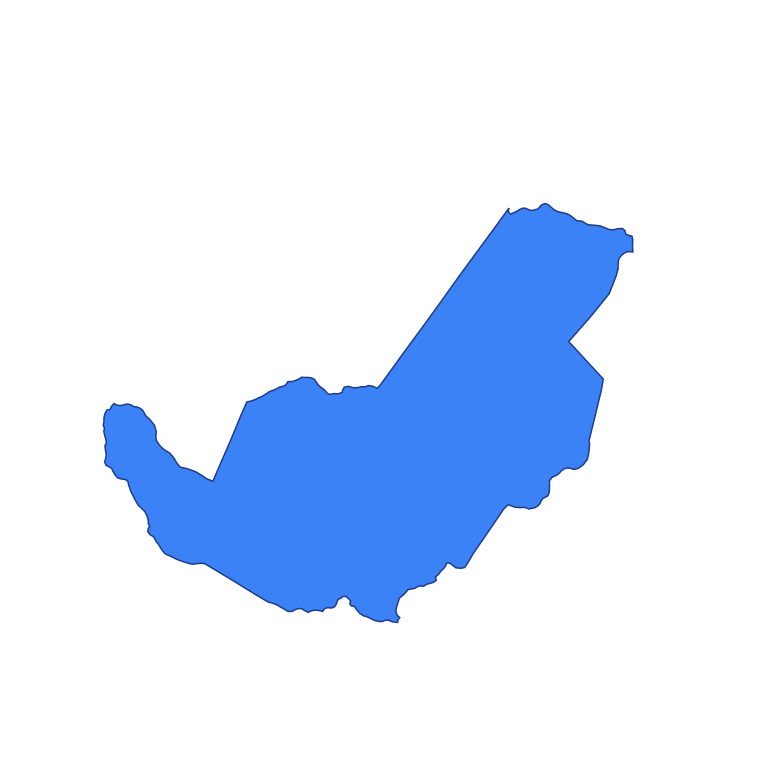 Salto do Céu, Mato Grosso, Brazil (Robinson projection), rotated 306°
{"feature_id": "56859067B30882988861922", "entity_name": "Salto do Céu", "entity_type": "district", "adm_level": 2, "iso_a3": "BRA", "parent_name": "Brazil", "parent_adm1": "Mato Grosso", "projection": "robinson", "projection_center": [-58.088, -15.003], "detail": "fine", "context": "isolated", "style": "filled", "palette": "blue", "viewbox_px": 768, "rotation_deg": 306, "n_neighbors": 0, "source": "geoboundaries", "source_scale": "gbopen_adm2", "svg_char_len": 4263}
<svg xmlns="http://www.w3.org/2000/svg" viewBox="0 0 768 768"><g transform="rotate(306 384 384)"><path d="M209.4,177.0L205.6,176.7L202.5,177.4L200.0,175.1L195.8,175.7L192.0,177.4L188.5,179.8L185.8,180.9L184.0,183.8L181.1,185.1L178.6,187.8L176.4,190.7L174.7,192.6L172.9,194.2L170.1,194.5L167.3,197.0L163.1,201.2L159.2,202.9L156.6,203.9L154.8,207.1L155.5,210.6L155.6,213.4L154.0,216.1L152.3,220.1L151.5,223.6L152.5,226.7L153.7,228.9L154.9,231.6L154.3,234.6L151.9,237.0L150.4,239.5L148.3,242.3L146.3,246.3L144.6,249.4L143.0,252.9L141.4,256.6L141.0,260.6L140.1,265.8L137.9,270.0L135.1,273.4L132.6,275.4L131.2,277.8L128.6,278.2L125.7,279.6L124.6,283.4L125.0,287.3L123.9,289.8L122.6,292.3L121.9,295.3L120.6,298.4L118.9,302.7L118.0,306.4L118.4,309.4L119.6,314.3L120.2,318.7L121.3,322.9L122.4,326.4L123.3,329.3L124.5,332.6L126.1,335.5L129.6,339.3L131.4,341.2L133.3,344.7L136.2,377.6L137.0,388.8L138.0,402.1L139.5,418.5L140.9,421.7L141.7,424.7L142.5,427.9L142.7,431.5L143.2,435.3L143.7,440.2L146.0,443.3L149.6,445.0L152.4,447.2L153.9,449.6L154.0,452.4L154.7,456.9L157.3,458.3L160.0,460.4L162.4,464.2L164.0,468.1L167.0,467.9L169.7,469.6L172.0,473.3L174.8,475.0L178.5,474.7L180.9,473.7L183.3,473.6L185.2,475.1L187.8,475.4L189.9,478.4L189.5,481.4L188.9,484.5L186.2,485.4L185.2,487.9L186.7,490.8L185.3,494.5L184.2,499.2L184.4,503.7L185.7,507.1L186.4,510.9L187.1,514.9L188.7,519.0L190.3,521.7L194.4,524.5L195.7,527.3L196.5,530.4L199.1,535.2L201.3,533.9L204.3,534.0L204.5,531.1L205.9,528.6L207.7,526.8L210.8,525.3L219.8,522.3L223.5,523.2L225.7,523.8L228.8,524.1L232.2,524.4L234.9,527.4L237.1,529.2L241.0,530.8L243.9,535.1L246.4,535.8L252.3,540.4L255.7,541.7L258.2,539.2L262.5,540.0L266.2,540.0L269.5,540.7L271.9,540.9L276.6,540.0L277.8,543.3L277.5,550.1L280.2,554.7L283.1,557.2L292.8,556.6L298.0,555.9L325.3,555.2L341.3,554.7L345.5,554.6L352.7,554.3L359.2,555.3L360.4,559.0L361.2,562.1L363.7,566.3L365.5,568.7L367.1,570.8L368.0,574.5L372.4,578.6L375.6,580.1L379.0,580.5L381.9,579.7L385.0,579.9L387.3,581.1L389.9,582.3L393.1,581.5L396.0,579.8L399.7,577.2L403.0,574.7L407.3,574.9L412.5,577.6L415.4,578.3L417.9,578.5L421.4,579.7L423.8,581.7L425.4,584.4L426.1,587.0L427.9,589.2L430.3,590.9L435.9,592.7L439.1,592.7L442.3,592.9L447.8,590.5L452.2,588.1L456.6,585.4L458.4,583.3L485.4,572.3L488.0,571.2L499.1,566.6L506.5,563.6L516.9,558.5L526.9,508.5L558.3,511.4L566.1,511.9L589.4,513.1L608.2,508.2L611.6,506.9L614.7,505.7L618.5,503.0L620.8,501.6L623.1,500.6L625.7,500.3L628.4,500.8L630.8,501.3L633.2,502.6L635.2,504.5L637.2,507.7L640.9,504.5L643.4,502.9L647.2,500.2L649.4,497.7L648.0,494.3L647.4,491.4L649.6,489.0L650.0,485.6L646.6,481.3L643.7,479.2L641.3,475.3L639.0,466.1L636.9,462.2L634.9,459.0L632.7,455.4L632.3,451.4L632.0,448.2L629.4,444.0L629.7,439.7L629.8,435.0L629.2,431.8L628.2,429.3L627.2,426.9L625.5,423.1L624.9,418.9L625.5,413.5L625.4,410.2L624.4,407.9L621.2,406.1L616.1,405.6L612.4,402.7L610.5,400.4L609.5,395.6L608.0,393.0L605.1,391.3L601.5,389.9L595.7,386.4L596.6,383.2L599.8,381.7L584.8,381.7L578.3,381.7L571.2,381.7L557.6,381.6L544.1,381.5L530.5,381.4L516.9,381.4L502.9,381.5L496.3,381.5L489.7,381.6L476.1,381.7L462.5,381.7L448.9,381.7L435.3,381.6L421.8,381.5L414.5,381.5L408.3,381.6L382.0,381.6L376.7,381.1L375.3,375.4L373.6,372.3L370.9,370.7L368.5,367.3L365.4,364.7L362.5,360.6L361.5,357.0L358.1,353.7L355.0,354.1L352.6,355.0L349.2,352.8L346.8,349.1L344.0,346.7L343.1,343.9L343.8,341.3L344.3,338.3L344.2,335.5L344.5,332.1L345.7,328.1L346.9,325.0L346.2,321.5L344.4,318.2L342.7,316.0L341.0,313.3L338.5,312.5L335.3,310.6L332.3,308.6L329.5,304.9L325.5,305.1L323.3,304.0L320.1,301.3L316.8,299.9L313.3,297.7L310.4,295.6L307.8,295.0L305.7,293.9L302.6,292.8L299.0,290.6L295.5,288.8L291.4,285.9L288.9,283.6L276.2,286.3L272.5,287.2L247.4,293.2L204.6,302.7L204.0,299.5L203.0,296.0L203.1,292.5L202.8,288.4L202.5,284.4L201.5,280.1L200.3,276.2L198.9,272.3L196.9,267.9L197.7,265.0L198.8,261.6L200.5,257.8L201.6,254.0L202.2,251.0L201.9,247.9L201.7,244.2L202.1,240.2L203.1,236.9L204.3,233.5L206.8,230.6L211.4,228.0L213.9,224.7L215.7,222.6L216.7,218.5L217.9,214.3L218.1,210.4L219.5,207.4L220.8,204.6L221.1,201.5L220.4,198.0L218.7,195.2L218.5,192.2L217.5,189.3L216.2,187.2L213.8,185.5L211.7,183.4L209.9,180.6L209.4,177.0Z" fill="#3b82f6" stroke="#1e3a8a" stroke-width="1.5"/></g></svg>